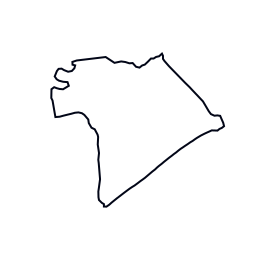 Piaçabuçu, Alagoas, Brazil (Mercator projection), rotated 23°
{"feature_id": "56859067B23765028876070", "entity_name": "Piaçabuçu", "entity_type": "district", "adm_level": 2, "iso_a3": "BRA", "parent_name": "Brazil", "parent_adm1": "Alagoas", "projection": "mercator", "projection_center": [-36.4, -10.401], "detail": "fine", "context": "isolated", "style": "outline", "palette": "ink", "viewbox_px": 256, "rotation_deg": 23, "n_neighbors": 0, "source": "geoboundaries", "source_scale": "gbopen_adm2", "svg_char_len": 1636}
<svg xmlns="http://www.w3.org/2000/svg" viewBox="0 0 256 256"><g transform="rotate(23 128 128)"><path d="M135.4,52.1L133.2,50.7L132.0,47.9L130.2,46.3L128.6,49.8L126.1,51.6L124.4,54.1L122.0,55.1L120.4,59.2L118.7,63.1L116.6,64.9L115.0,67.9L111.5,68.5L106.9,66.4L104.0,67.9L99.8,68.3L95.7,69.4L90.1,73.3L79.7,71.4L54.4,85.9L51.0,88.9L52.2,91.4L54.9,91.0L55.3,94.0L54.0,97.5L50.9,99.6L46.5,99.7L43.7,99.3L41.0,100.7L40.3,103.4L40.4,109.2L43.3,111.0L46.0,111.4L50.2,110.8L54.4,109.4L57.0,112.3L53.1,117.7L49.8,118.8L46.9,119.2L44.1,119.3L42.4,122.2L45.7,130.4L47.8,132.2L56.9,146.3L60.7,144.3L63.6,142.0L67.6,139.0L70.3,137.0L73.2,134.7L76.3,133.0L79.8,132.4L82.7,133.0L88.1,135.7L90.0,138.8L94.3,142.0L97.9,142.2L102.6,146.0L104.0,147.9L106.6,155.0L111.1,162.4L113.1,168.9L114.8,171.8L122.3,186.1L124.7,194.9L125.5,198.0L127.9,203.3L129.4,205.6L133.1,207.1L135.6,207.5L136.5,209.7L138.9,208.8L140.7,206.0L142.0,203.2L143.8,199.8L145.4,196.8L147.9,192.4L149.7,189.2L151.5,186.1L153.2,183.2L154.9,180.6L156.5,178.4L158.5,175.0L160.2,172.0L161.5,169.9L163.1,167.2L164.8,163.8L166.0,161.4L167.4,158.6L169.1,155.6L170.2,153.0L171.3,150.8L173.0,147.8L174.5,144.8L175.8,142.4L177.4,139.4L179.1,136.5L180.5,133.9L181.8,131.8L183.3,128.9L184.6,126.6L186.0,124.5L187.4,122.3L189.2,119.6L191.0,116.7L192.5,114.7L194.0,112.2L195.3,110.2L198.0,106.5L200.6,103.4L202.5,101.3L204.2,99.5L206.0,97.5L208.8,96.4L211.4,95.4L212.6,93.1L214.3,91.3L215.7,88.8L213.6,86.0L210.6,83.2L208.1,80.8L205.3,81.5L202.8,82.9L198.9,82.8L195.8,81.0L186.6,74.2L172.2,67.9L168.9,66.4L163.0,64.1L141.6,55.1L135.4,52.1Z" fill="none" stroke="#020617" stroke-width="2"/></g></svg>